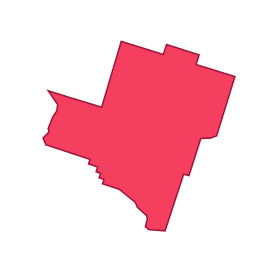 Coffee, Georgia, United States of America (Mercator projection), rotated 287°
{"feature_id": "52423323B74845935741438", "entity_name": "Coffee", "entity_type": "district", "adm_level": 2, "iso_a3": "USA", "parent_name": "United States of America", "parent_adm1": "Georgia", "projection": "mercator", "projection_center": [-82.919, 31.59], "detail": "fine", "context": "isolated", "style": "filled", "palette": "rose", "viewbox_px": 256, "rotation_deg": 287, "n_neighbors": 0, "source": "geoboundaries", "source_scale": "gbopen_adm2", "svg_char_len": 619}
<svg xmlns="http://www.w3.org/2000/svg" viewBox="0 0 256 256"><g transform="rotate(287 128 128)"><path d="M208.4,215.2L208.6,174.6L218.7,174.6L219.1,140.5L208.6,140.3L208.9,96.2L147.6,96.7L140.2,96.7L140.1,61.8L140.3,40.8L129.8,53.9L123.6,54.9L116.9,52.9L104.1,51.8L101.2,53.6L93.6,49.7L87.9,54.4L87.0,96.0L86.9,100.9L82.1,100.8L81.8,110.5L76.9,110.3L76.6,115.1L71.9,114.9L71.8,120.1L67.2,119.9L66.8,137.7L59.1,156.6L54.7,160.4L49.8,171.2L47.1,173.0L38.7,173.5L36.9,177.6L40.4,193.5L100.1,194.7L100.3,200.2L139.3,200.7L142.5,210.0L146.4,215.0L208.4,215.2Z" fill="#f43f5e" stroke="#9f1239" stroke-width="1.5"/></g></svg>